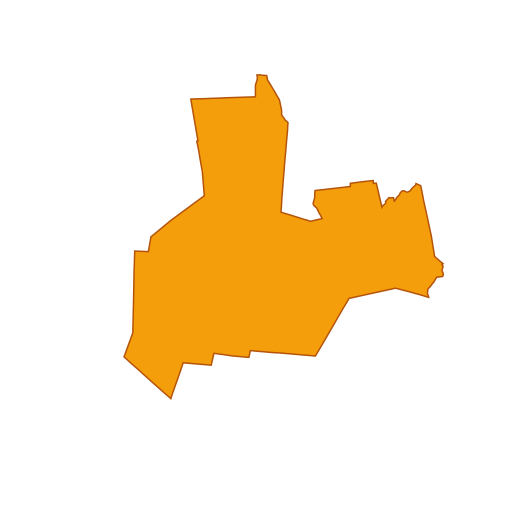 Satchinez, Timis, Romania (Natural Earth projection), rotated 313°
{"feature_id": "2599482B76356002585131", "entity_name": "Satchinez", "entity_type": "district", "adm_level": 2, "iso_a3": "ROU", "parent_name": "Romania", "parent_adm1": "Timis", "projection": "natural_earth1", "projection_center": [21.081, 45.93], "detail": "fine", "context": "isolated", "style": "filled", "palette": "amber", "viewbox_px": 512, "rotation_deg": 313, "n_neighbors": 0, "source": "geoboundaries", "source_scale": "gbopen_adm2", "svg_char_len": 4693}
<svg xmlns="http://www.w3.org/2000/svg" viewBox="0 0 512 512"><g transform="rotate(313 256 256)"><path d="M265.1,358.2L278.1,355.2L279.7,354.9L286.5,353.4L288.5,353.0L292.4,355.7L298.1,359.6L304.5,364.0L311.4,368.8L318.5,373.7L325.0,378.2L327.5,379.9L327.6,380.0L329.1,382.7L332.0,388.1L334.7,393.1L337.3,398.2L339.2,401.7L343.5,410.5L344.5,409.1L345.2,407.3L345.7,406.8L346.5,406.1L347.1,405.8L347.7,405.3L348.2,404.8L348.6,404.5L349.0,404.3L349.4,404.2L350.1,404.2L351.1,404.3L351.8,404.4L352.5,404.3L354.8,404.1L355.5,404.0L355.8,403.8L356.6,403.9L357.7,403.9L358.6,403.8L359.3,403.6L360.2,403.3L361.3,403.1L363.5,402.7L363.9,402.8L364.3,402.9L364.4,403.2L364.7,403.6L365.2,404.0L365.9,404.5L366.2,404.7L367.0,405.3L367.8,406.2L368.2,406.3L368.6,406.3L369.1,406.2L369.5,406.1L370.0,405.7L370.6,405.2L371.0,404.7L371.2,404.2L371.7,402.9L371.9,402.5L372.2,402.1L372.5,401.7L373.1,401.3L374.1,400.9L374.8,400.6L375.3,400.4L375.7,400.1L375.9,399.9L376.1,399.6L376.2,399.4L376.3,399.0L376.3,398.8L376.2,398.5L376.3,398.2L376.9,397.7L377.7,398.1L378.0,398.1L377.7,394.7L377.5,386.9L390.8,369.8L391.0,369.4L394.2,364.8L401.5,354.4L410.5,341.3L416.3,333.4L419.8,328.4L419.3,327.2L418.1,323.6L416.8,324.3L416.6,324.4L416.1,324.4L415.7,324.4L415.0,324.2L414.4,324.1L413.1,323.9L412.3,324.0L411.5,324.0L411.0,324.0L409.7,324.1L409.1,324.3L408.6,324.2L407.6,323.9L407.0,323.7L406.2,323.3L405.9,323.1L405.6,322.8L405.3,322.1L405.0,321.1L404.9,320.6L404.8,320.2L404.6,319.8L404.4,319.6L404.1,319.1L403.8,318.9L403.5,318.7L403.1,318.6L402.5,318.5L401.8,318.4L401.3,318.4L400.8,318.4L400.4,318.5L399.9,318.6L399.4,318.9L398.8,319.1L398.3,319.2L398.1,319.3L397.8,319.2L397.1,319.1L396.5,319.1L396.1,319.1L395.5,319.1L395.0,319.1L394.7,319.1L394.3,319.2L393.8,319.2L393.2,319.4L392.6,319.6L391.8,319.7L391.4,319.8L390.6,319.8L390.4,319.7L392.4,316.9L392.2,316.6L391.8,316.1L391.3,315.6L390.9,315.3L390.6,315.2L390.1,314.8L389.9,314.3L389.6,313.9L389.5,313.4L389.4,313.4L384.3,313.5L384.3,313.8L384.1,314.1L383.8,314.3L383.4,314.5L383.2,314.6L382.7,314.8L382.1,314.8L381.5,314.8L381.1,314.8L380.4,314.6L379.9,314.5L379.4,314.5L378.9,314.5L378.4,314.6L377.6,314.8L381.8,308.5L391.3,294.3L389.2,292.3L391.1,290.2L382.9,283.2L373.5,275.4L372.0,276.8L371.2,277.6L368.5,275.3L365.6,272.9L363.0,270.6L360.4,268.4L358.5,266.8L355.4,264.1L353.7,262.7L349.9,259.5L347.8,257.6L345.1,255.3L344.1,254.5L341.9,256.3L339.6,258.3L338.8,259.1L337.2,259.9L333.5,261.8L332.9,262.6L332.4,263.9L332.5,267.6L331.4,270.4L330.0,274.2L330.0,275.1L329.6,275.8L328.5,278.9L327.3,278.1L327.0,277.9L322.5,274.8L318.6,272.2L318.5,271.9L316.3,267.5L314.3,263.5L311.7,258.0L309.5,253.4L306.1,246.5L305.1,244.5L305.3,244.2L310.2,240.3L315.3,236.0L319.7,232.5L325.0,228.3L327.7,226.1L333.4,221.6L338.6,217.5L340.8,215.7L345.0,212.4L350.8,207.9L353.4,205.9L356.9,203.1L363.7,197.8L368.1,194.4L370.8,192.2L372.5,190.7L375.3,188.5L375.5,186.5L375.4,186.2L375.3,185.8L375.2,185.5L376.0,181.9L376.6,178.6L378.6,176.7L378.8,176.5L379.3,176.1L380.5,174.7L381.1,173.9L381.6,173.1L383.3,170.7L386.2,166.6L386.8,164.5L387.7,161.4L388.9,157.7L389.7,154.7L390.5,152.0L391.6,148.3L392.2,146.0L392.7,144.1L393.7,143.0L394.1,142.5L394.1,142.2L394.3,142.0L394.8,141.4L395.3,140.8L392.3,137.1L392.0,136.7L391.2,135.2L390.7,135.0L389.0,133.2L388.8,133.4L388.0,134.7L386.6,135.9L385.7,136.6L384.9,137.0L384.2,137.4L383.4,137.7L382.6,138.1L381.7,138.5L381.1,138.8L380.1,139.5L372.0,147.0L356.8,131.7L349.7,124.6L347.8,122.8L339.2,114.2L336.3,111.4L332.8,107.8L326.3,101.3L319.5,110.2L300.5,135.2L299.6,134.4L299.2,134.8L298.6,135.7L297.6,137.2L295.0,140.8L293.0,143.5L288.2,149.7L281.3,159.0L264.8,177.1L223.7,169.4L217.4,168.6L201.3,166.5L198.4,166.1L186.1,174.1L185.8,174.3L176.9,163.9L174.2,166.3L161.3,177.6L156.2,182.2L138.8,197.8L115.8,218.3L92.2,228.3L92.3,231.3L92.3,233.6L92.3,237.8L92.4,240.0L92.5,242.8L92.6,245.7L92.7,250.5L92.7,252.1L92.7,255.1L92.8,258.0L92.8,258.7L92.9,263.4L92.9,265.2L93.0,269.7L93.1,271.5L93.2,275.8L93.2,277.6L93.3,281.8L93.4,284.2L93.6,289.9L93.6,291.0L94.5,290.6L94.8,290.4L97.2,289.3L98.4,288.7L101.0,287.6L105.6,285.6L113.0,282.4L115.0,281.5L123.8,277.6L128.2,275.6L129.7,277.5L132.0,280.3L134.3,283.4L136.3,285.8L137.5,287.4L141.4,292.3L145.6,297.7L147.5,296.6L153.2,293.3L156.1,291.6L157.4,293.4L158.3,294.7L161.6,299.3L166.1,305.9L166.6,306.6L170.8,312.0L174.9,317.3L177.0,319.9L178.4,319.1L181.1,317.5L183.0,316.4L183.6,317.2L187.3,322.0L191.4,327.2L195.2,332.1L197.4,334.9L200.9,339.0L202.5,341.1L205.2,344.5L206.7,346.4L209.4,349.8L211.2,352.1L214.9,356.9L215.5,357.7L219.2,362.3L223.4,367.7L223.6,367.6L228.2,366.6L237.2,364.6L243.4,363.2L265.1,358.2Z" fill="#f59e0b" stroke="#b45309" stroke-width="1.5"/></g></svg>